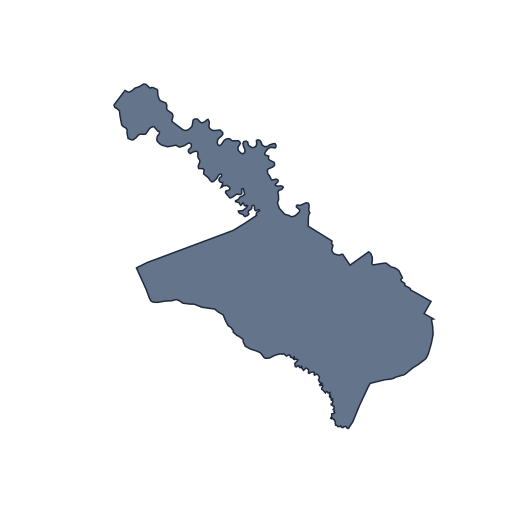 Kandal Stueng, Kândal, Cambodia, rotated 30°
{"feature_id": "14789045B57201426085250", "entity_name": "Kandal Stueng", "entity_type": "district", "adm_level": 2, "iso_a3": "KHM", "parent_name": "Cambodia", "parent_adm1": "Kândal", "projection": "natural_earth1", "projection_center": [104.8, 11.397], "detail": "fine", "context": "isolated", "style": "filled", "palette": "slate", "viewbox_px": 512, "rotation_deg": 30, "n_neighbors": 0, "source": "geoboundaries", "source_scale": "gbopen_adm2", "svg_char_len": 6132}
<svg xmlns="http://www.w3.org/2000/svg" viewBox="0 0 512 512"><g transform="rotate(30 256 256)"><path d="M158.4,326.1L177.8,340.0L184.5,345.6L187.2,347.4L189.1,347.5L190.9,347.0L193.9,345.4L200.1,340.3L205.3,337.0L208.7,333.6L211.9,333.1L216.3,333.4L223.2,330.5L226.3,328.7L234.9,327.4L246.8,322.6L250.9,323.3L257.0,323.4L262.4,327.6L266.8,330.3L270.7,330.4L271.3,331.1L273.3,331.6L274.4,333.4L279.3,334.3L281.3,334.1L286.3,334.6L288.0,336.8L291.8,339.5L297.6,339.4L303.8,338.0L308.2,337.6L313.8,339.9L315.3,339.9L318.5,337.8L322.2,332.3L326.1,328.5L327.8,328.0L329.2,326.8L332.3,327.5L333.9,325.3L335.3,325.0L336.5,326.4L337.4,326.0L338.4,326.3L339.1,325.8L339.4,324.2L340.0,324.6L340.3,326.6L341.1,326.5L342.1,325.3L344.2,325.0L344.3,325.8L343.3,329.6L345.3,332.1L346.4,331.9L347.1,330.0L348.0,329.7L349.4,330.8L350.2,330.5L350.5,328.7L351.1,329.0L351.6,330.1L354.4,331.3L355.2,328.1L356.2,327.8L358.7,328.4L359.7,331.1L360.8,331.0L362.2,328.7L362.9,328.2L364.4,327.7L365.2,328.1L365.5,329.5L366.2,330.0L367.9,327.8L368.6,327.8L371.4,329.0L372.0,330.6L371.9,331.9L374.0,333.4L376.8,333.4L376.5,334.3L375.7,334.8L375.5,335.8L376.3,336.2L378.1,334.5L379.0,335.4L378.9,337.7L379.8,338.7L380.7,338.6L384.6,339.9L384.8,338.1L386.0,338.0L386.9,338.6L388.4,337.2L388.5,338.5L389.0,339.3L389.8,340.1L390.3,339.6L390.7,340.4L390.0,340.9L390.8,341.5L392.5,341.4L392.8,342.6L393.8,341.7L393.8,343.0L394.6,342.7L395.3,343.3L395.5,345.2L396.0,345.8L395.1,346.6L395.5,347.3L399.0,347.3L399.8,349.1L399.6,350.4L400.6,350.3L401.2,350.7L401.3,351.9L402.6,352.3L402.2,353.5L400.5,354.8L401.5,356.4L401.9,358.1L401.8,359.2L402.7,359.3L403.2,358.2L403.9,358.7L405.7,358.6L406.2,359.3L407.7,359.9L408.5,361.7L409.7,362.7L410.3,362.2L412.4,362.8L414.1,361.6L414.3,360.8L416.0,361.6L417.1,361.2L417.2,360.1L418.9,358.9L419.7,358.6L421.2,359.6L422.3,359.1L422.7,350.8L420.3,333.2L418.6,312.9L418.6,309.2L429.4,298.8L434.4,295.1L436.3,293.2L437.5,291.1L443.9,284.5L448.0,273.9L450.7,269.0L454.0,261.1L454.5,259.2L454.1,254.5L451.5,243.8L448.6,235.4L444.4,228.9L439.9,223.5L440.1,222.7L441.2,221.8L430.4,221.9L430.3,207.8L406.6,208.1L406.2,207.3L404.5,206.9L399.7,207.2L398.5,205.4L394.4,205.1L393.1,203.8L393.8,201.9L392.5,200.8L387.1,197.3L384.1,196.8L381.4,197.0L378.6,197.9L372.2,197.1L369.8,198.7L361.8,205.2L360.1,204.7L358.9,201.5L357.4,199.0L354.2,196.5L351.5,196.0L342.0,216.9L330.3,211.2L329.6,211.4L327.4,213.9L322.6,215.1L319.6,214.0L318.5,212.6L317.3,208.3L315.3,207.5L314.3,205.0L286.4,204.1L282.0,196.3L281.1,193.9L281.1,191.7L279.5,190.7L278.4,189.3L277.0,186.0L275.1,184.1L272.8,184.8L269.7,189.1L268.6,190.2L266.3,191.2L265.9,192.1L266.4,193.3L270.8,194.2L271.3,195.2L271.4,196.6L270.2,200.4L269.6,201.8L268.0,203.5L267.1,204.3L264.2,204.4L260.0,205.5L252.5,203.1L248.1,199.4L247.4,195.9L244.8,191.7L243.0,189.8L243.1,187.4L245.0,185.6L245.3,182.9L244.3,182.4L242.4,182.8L239.5,184.9L237.2,185.0L237.0,183.7L237.9,180.6L237.3,179.3L235.0,179.3L232.0,182.1L231.1,182.2L227.6,179.8L224.8,178.7L223.1,176.2L223.0,174.6L226.0,170.5L226.8,168.5L225.9,166.8L224.7,165.8L219.6,166.2L218.3,165.6L217.4,164.2L217.2,163.2L213.6,163.9L212.5,163.3L212.1,161.4L212.5,158.0L213.1,156.5L214.5,154.5L218.5,152.9L218.7,151.6L218.0,150.2L216.6,149.2L215.3,149.6L212.4,152.7L211.2,155.3L208.8,157.0L205.9,156.8L202.9,154.4L201.4,154.0L199.6,154.4L198.6,155.7L200.5,158.6L201.1,160.4L200.4,162.4L199.3,163.6L197.7,164.2L194.3,164.0L191.7,161.4L189.9,161.5L188.2,163.1L188.4,165.1L190.7,167.6L193.1,169.3L194.2,171.1L194.3,172.9L193.1,174.2L191.1,174.4L187.6,173.3L186.0,170.8L186.2,166.3L184.6,165.2L183.0,165.0L178.2,167.9L176.9,168.2L175.1,167.6L173.4,168.1L171.6,169.8L170.6,171.9L170.2,177.0L169.2,178.7L167.4,178.7L165.9,177.4L165.0,175.5L164.7,173.4L166.3,168.8L166.4,167.2L165.5,165.8L161.9,164.8L157.2,168.2L154.9,169.1L153.3,168.9L151.3,168.3L150.1,166.7L149.2,164.4L148.1,162.9L146.1,161.6L145.4,162.6L144.5,165.3L142.7,167.7L141.1,168.0L136.9,166.7L135.1,167.5L134.2,168.4L133.6,169.7L135.6,175.2L135.6,176.5L134.7,179.4L133.4,181.6L131.7,182.8L129.5,183.2L116.6,181.6L115.6,181.0L114.1,176.2L112.3,174.5L106.3,174.0L104.8,172.9L103.4,170.0L101.4,168.5L96.1,169.3L93.9,168.7L90.8,166.0L88.2,162.0L87.1,161.2L82.6,161.6L81.3,162.3L80.6,163.3L79.5,163.5L75.2,162.4L73.7,162.7L72.5,163.5L70.3,167.7L67.0,171.4L66.3,174.2L64.3,177.4L63.3,178.0L59.8,178.1L57.5,195.7L57.8,196.7L59.7,198.0L61.8,197.8L65.2,198.6L68.2,202.7L74.0,209.5L75.7,210.2L79.9,210.3L81.3,211.2L82.9,214.2L86.5,218.2L90.2,217.6L91.6,216.8L93.0,213.3L93.7,209.9L94.4,208.9L95.3,208.0L98.3,206.6L99.5,205.5L100.0,199.5L100.7,197.3L102.3,195.3L103.3,195.1L108.5,197.0L109.4,196.5L110.3,196.9L110.8,197.4L111.2,199.2L110.6,201.3L111.9,204.9L113.5,206.2L116.9,207.0L119.2,207.0L124.9,205.6L131.2,200.1L135.3,200.0L138.6,196.6L140.9,192.2L142.0,191.3L144.1,191.6L145.3,193.5L145.5,194.5L144.6,197.0L144.6,198.1L144.9,199.0L146.2,200.0L147.8,200.2L149.7,197.1L151.7,195.2L152.9,195.0L154.1,195.6L155.8,198.8L157.1,200.1L159.1,201.0L160.2,202.3L161.1,207.2L162.6,208.9L166.7,206.9L167.9,207.3L169.6,211.1L175.9,212.1L177.8,213.2L180.6,213.9L181.9,212.9L183.2,208.6L183.2,204.7L183.8,203.2L184.5,202.5L185.3,202.7L186.1,203.6L186.3,204.5L185.5,206.1L185.5,207.7L186.1,209.1L188.0,209.9L190.4,209.2L191.0,210.4L191.4,214.2L192.3,212.9L192.7,211.2L194.3,210.6L195.4,209.4L198.9,209.8L199.6,210.6L199.9,211.9L198.5,213.8L197.5,214.5L197.6,215.7L198.1,216.5L204.0,218.7L204.7,218.6L205.9,217.3L208.4,212.1L211.7,210.6L212.2,209.8L212.3,208.6L210.0,205.2L211.3,204.0L215.4,208.2L214.3,210.7L212.5,213.3L212.5,215.7L210.6,218.5L211.1,219.2L214.5,218.3L217.4,219.8L217.8,219.1L218.1,216.5L219.7,216.9L220.5,218.0L221.9,218.0L222.6,216.6L223.7,216.9L223.5,219.4L221.6,223.6L218.2,225.8L218.8,226.6L220.5,227.2L224.2,226.5L225.9,227.4L226.8,227.3L228.5,225.1L228.9,223.3L227.4,222.1L226.9,220.7L228.3,218.3L228.5,217.0L227.4,214.4L228.0,213.6L229.0,213.3L230.0,214.0L231.0,215.8L232.6,217.0L233.3,216.9L234.6,214.8L235.6,214.4L236.5,215.0L235.1,217.5L235.0,218.9L235.4,219.9L236.2,220.5L229.6,233.9L223.4,245.3L165.0,316.1L158.4,326.1Z" fill="#64748b" stroke="#1e293b" stroke-width="1.5"/></g></svg>